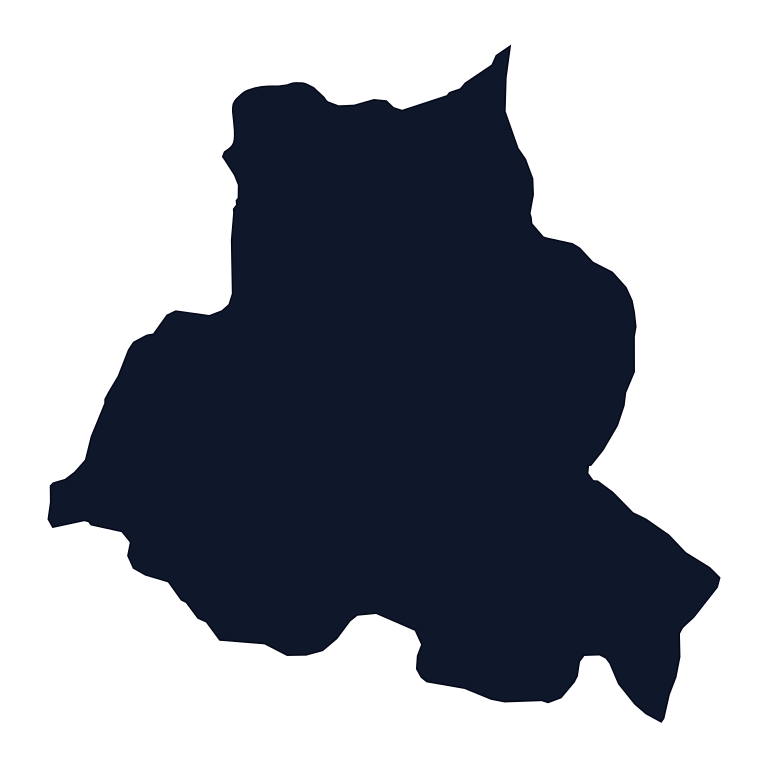 Cabañas, Zacapa, Guatemala
{"feature_id": "79465075B64001111402492", "entity_name": "Cabañas", "entity_type": "district", "adm_level": 2, "iso_a3": "GTM", "parent_name": "Guatemala", "parent_adm1": "Zacapa", "projection": "equal_earth", "projection_center": [-89.781, 14.891], "detail": "fine", "context": "isolated", "style": "filled", "palette": "ink", "viewbox_px": 768, "rotation_deg": 0, "n_neighbors": 0, "source": "geoboundaries", "source_scale": "gbopen_adm2", "svg_char_len": 2245}
<svg xmlns="http://www.w3.org/2000/svg" viewBox="0 0 768 768"><path d="M719.7,577.8L709.7,567.8L685.4,552.7L668.8,535.2L646.0,519.3L632.8,512.9L612.8,492.5L597.6,481.2L593.1,480.9L587.6,473.4L588.4,465.2L590.8,465.2L602.9,450.0L617.3,425.4L623.9,405.6L625.5,392.5L634.2,371.8L634.1,336.7L635.8,326.6L634.2,312.1L632.0,300.8L626.0,287.6L612.4,272.4L592.7,262.3L579.7,248.3L572.6,243.9L546.2,238.1L543.1,237.0L531.7,223.8L531.0,217.5L529.8,213.3L533.2,194.8L532.6,178.7L525.4,159.3L517.9,148.4L504.9,111.4L505.9,77.7L510.2,46.1L496.3,55.6L492.1,65.1L465.4,83.1L460.4,89.0L449.6,92.7L447.2,95.8L402.1,110.6L393.4,107.8L386.3,101.0L373.9,99.8L354.3,105.4L338.6,106.1L327.9,102.1L326.0,100.6L324.0,97.5L319.1,92.9L316.1,90.2L313.9,88.0L312.1,87.0L308.3,85.1L305.5,83.8L302.8,83.1L300.7,83.0L298.7,83.0L296.5,82.9L294.1,83.0L291.5,83.5L287.1,85.1L282.4,85.7L278.9,86.2L274.1,86.2L268.0,86.3L261.6,86.8L255.2,88.0L251.6,89.1L249.5,89.8L247.1,90.6L244.6,91.9L242.1,93.7L236.1,99.3L234.6,101.5L233.3,104.1L232.9,106.8L232.7,110.3L232.9,113.1L233.7,120.7L234.6,130.8L234.6,136.7L234.3,140.1L233.6,143.0L232.3,145.5L230.0,148.0L227.7,149.8L224.5,152.0L222.7,156.7L224.9,159.8L234.6,174.9L238.6,184.9L238.4,198.2L236.4,200.5L236.8,205.0L233.6,209.1L233.9,213.0L231.6,240.2L232.6,293.7L229.1,304.7L221.9,311.0L209.3,315.8L175.8,311.1L167.1,315.2L153.5,334.2L146.9,335.3L133.7,342.3L128.6,350.0L118.4,376.2L108.7,392.5L105.1,399.2L105.0,403.5L91.4,436.7L85.6,460.1L74.7,472.4L65.2,479.6L53.2,483.1L50.5,486.0L50.7,502.1L48.3,519.2L52.8,527.2L84.3,520.4L88.7,521.5L91.1,524.7L122.0,531.5L130.6,542.2L127.9,555.7L133.5,568.1L145.5,574.9L168.4,581.7L181.4,599.9L186.3,602.3L198.0,618.1L206.4,621.8L219.8,640.0L264.6,643.6L287.1,655.2L306.1,654.9L322.6,650.4L336.7,638.5L349.8,620.9L357.2,615.0L376.2,613.2L415.3,630.2L421.9,644.6L417.6,655.8L416.7,668.9L421.3,677.2L426.8,681.6L464.6,688.2L491.3,699.1L504.7,701.7L541.7,700.4L548.1,702.5L561.0,697.6L574.1,682.0L577.2,675.9L579.3,661.5L584.0,655.2L599.6,654.7L605.9,657.9L609.9,663.1L618.7,683.8L635.0,704.1L646.0,713.6L661.2,721.9L663.7,718.3L669.1,694.5L675.8,677.0L679.7,657.0L679.2,633.6L682.4,627.6L684.9,625.2L693.6,617.2L717.2,587.1L719.7,577.8Z" fill="#0f172a" stroke="#020617" stroke-width="1.5"/></svg>